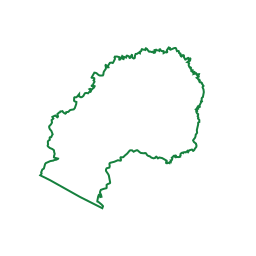 outline of Bu Dang, Bình Phước, Vietnam, rotated 41°
{"feature_id": "81297802B33312647698223", "entity_name": "Bu Dang", "entity_type": "district", "adm_level": 2, "iso_a3": "VNM", "parent_name": "Vietnam", "parent_adm1": "Bình Phước", "projection": "orthographic", "projection_center": [107.268, 11.771], "detail": "fine", "context": "isolated", "style": "outline", "palette": "green", "viewbox_px": 256, "rotation_deg": 41, "n_neighbors": 0, "source": "geoboundaries", "source_scale": "gbopen_adm2", "svg_char_len": 5694}
<svg xmlns="http://www.w3.org/2000/svg" viewBox="0 0 256 256"><g transform="rotate(41 128 128)"><path d="M171.8,71.5L170.8,71.7L169.5,71.3L168.4,70.5L167.9,69.6L167.0,69.5L167.1,69.2L168.3,69.2L167.1,68.1L167.0,67.7L167.6,67.4L167.0,67.1L166.8,66.6L167.8,66.8L167.4,66.1L168.0,66.0L168.3,64.9L168.0,64.8L167.6,65.0L167.0,64.6L167.1,63.3L166.7,62.3L166.4,60.9L165.7,60.2L166.3,59.7L166.4,59.4L165.6,59.0L164.2,57.3L164.0,56.6L164.2,55.5L161.7,51.2L159.7,49.4L157.6,48.4L157.4,48.1L157.4,46.9L157.0,47.0L155.9,46.2L154.7,46.1L154.4,45.6L153.1,45.6L152.4,46.3L151.7,46.3L151.0,45.9L151.0,45.1L150.2,44.7L149.5,45.3L148.3,44.9L147.0,45.0L147.7,42.8L146.2,42.0L146.0,41.6L146.4,41.0L146.3,40.8L145.4,41.7L145.5,42.0L145.9,42.5L145.8,42.8L144.7,42.7L143.6,42.0L142.3,43.9L142.1,42.5L141.9,42.2L141.4,42.1L141.3,42.3L141.2,43.6L140.5,43.6L139.2,42.3L138.8,43.4L138.4,43.5L138.0,43.1L138.1,42.5L137.6,42.2L136.3,42.2L135.9,41.2L135.6,41.2L135.6,41.8L135.3,41.8L134.3,41.7L132.7,40.9L132.0,40.0L131.9,39.3L130.8,38.9L129.6,39.4L129.9,37.9L130.5,37.4L130.6,36.4L129.7,34.8L129.4,34.7L129.0,35.3L128.9,36.3L128.8,36.6L128.4,36.4L128.3,35.6L127.7,35.5L127.4,35.6L126.6,37.8L126.6,38.6L126.3,38.8L123.9,37.9L122.6,36.6L122.0,36.7L120.6,38.1L121.6,38.6L121.5,39.0L120.8,39.1L119.3,38.4L119.0,37.6L118.6,37.4L117.4,37.9L115.9,36.7L115.5,36.8L114.6,37.9L112.0,36.4L111.4,36.4L110.5,37.3L108.7,41.0L107.9,41.2L107.1,40.1L105.9,40.5L106.3,43.9L107.7,44.8L107.8,45.1L107.5,45.7L106.3,46.3L105.7,48.1L104.3,46.7L102.8,47.9L101.7,47.9L100.7,47.5L100.3,47.9L101.0,49.3L100.0,49.5L98.7,50.5L97.8,50.5L97.5,51.3L96.9,51.8L97.2,52.3L98.6,52.6L98.8,53.6L98.2,54.4L97.8,54.5L97.0,54.0L96.6,54.2L96.1,55.1L94.3,55.9L94.0,56.5L93.5,56.6L90.4,55.9L89.2,56.1L89.2,56.4L89.9,57.4L89.9,57.8L89.2,58.0L87.9,59.0L86.8,59.3L86.8,59.9L87.5,61.3L87.4,61.8L86.9,62.6L86.9,63.1L87.8,63.5L88.0,63.8L86.8,64.1L86.6,64.3L86.2,66.0L85.2,67.1L85.8,68.8L87.1,70.6L87.0,71.3L86.7,71.8L85.4,72.0L84.9,71.9L83.2,70.3L82.9,70.4L83.2,72.7L83.6,73.6L83.4,74.0L82.8,74.0L82.0,73.3L80.2,73.8L79.7,74.1L79.6,74.5L80.4,76.0L77.2,77.5L76.4,77.5L76.5,77.9L76.9,78.1L79.0,77.8L79.4,78.9L76.3,79.9L76.2,80.4L76.4,80.8L77.1,81.4L76.9,81.9L76.5,82.1L76.3,81.9L75.0,80.2L72.8,81.3L71.3,82.7L71.5,83.6L72.3,83.9L72.9,84.6L73.9,88.6L73.8,89.0L72.6,89.5L71.6,90.7L72.1,94.3L73.4,95.0L73.0,95.5L71.4,95.4L70.4,94.9L69.8,95.1L69.9,95.5L71.5,96.7L72.4,97.8L72.8,101.2L73.1,102.0L74.4,104.0L74.5,104.9L72.7,106.6L71.9,107.1L70.7,107.3L68.3,107.3L67.4,107.6L66.3,108.3L67.4,113.8L67.6,113.9L69.3,112.7L69.9,112.6L70.6,113.3L70.8,114.7L72.1,114.8L72.4,115.1L72.7,117.0L73.4,118.6L73.3,119.1L72.8,119.7L72.9,120.0L73.1,120.1L74.4,119.6L75.1,118.4L75.4,118.3L75.5,118.5L75.8,120.1L75.5,121.5L75.5,122.3L75.3,122.7L73.7,123.3L73.4,124.0L75.7,124.1L76.0,125.2L75.9,125.5L75.1,125.9L75.1,128.0L73.5,128.9L72.8,129.8L72.7,130.3L73.3,133.2L72.9,134.9L72.3,135.7L70.4,136.2L68.9,134.5L69.0,137.9L68.8,138.7L67.5,139.9L67.5,140.1L67.5,140.4L69.2,142.6L69.7,142.9L70.4,142.8L72.0,142.2L72.3,142.6L73.2,143.9L74.8,147.9L74.8,149.6L73.0,151.8L72.5,152.7L72.4,154.9L71.0,156.6L71.5,157.4L71.3,158.3L70.1,158.6L68.5,158.6L67.5,158.3L67.3,158.7L66.1,159.8L66.3,160.8L65.8,161.7L65.6,163.9L67.6,165.2L67.8,166.1L67.7,166.3L64.9,166.3L63.6,169.2L64.1,169.5L65.5,169.9L65.2,172.2L67.1,173.8L67.5,175.8L67.4,178.3L67.5,178.6L68.3,179.4L69.9,180.2L72.1,180.5L75.3,182.2L75.4,183.3L76.0,185.0L76.0,185.4L75.2,186.1L75.3,186.9L76.7,188.2L76.3,189.5L76.3,190.6L76.9,191.4L78.4,192.8L78.9,194.0L79.5,194.4L82.0,194.4L84.7,193.5L86.7,193.4L88.3,194.8L89.4,195.4L89.9,196.1L90.4,197.4L91.3,198.7L91.9,198.7L95.3,197.0L95.4,197.3L94.6,199.1L93.4,200.5L93.0,201.6L91.1,203.9L89.0,208.4L89.1,209.6L91.1,213.8L90.6,215.6L91.6,218.5L92.4,218.8L92.7,219.1L92.8,221.3L103.5,218.5L137.1,211.5L161.2,205.4L160.5,203.5L160.2,203.3L158.3,203.1L154.3,203.2L153.1,203.6L152.6,203.0L150.5,199.4L149.8,197.5L150.0,197.2L150.8,197.1L151.5,197.5L152.4,198.3L153.1,197.3L151.6,196.2L149.2,195.1L148.6,194.1L148.1,192.5L149.5,190.0L151.2,187.6L151.1,187.1L149.2,185.0L149.4,183.8L150.5,181.7L150.5,181.2L150.0,180.6L144.8,176.5L143.6,175.9L139.8,174.9L139.3,174.6L138.6,173.7L138.3,172.4L139.9,170.1L139.2,168.7L137.6,167.4L137.3,166.7L137.5,165.8L139.8,162.5L141.5,159.0L143.7,157.6L143.9,157.3L143.6,156.6L142.0,155.6L141.7,155.2L141.7,154.9L143.1,153.7L143.6,153.0L143.7,150.9L144.2,147.8L144.1,144.2L144.3,143.4L145.7,142.2L147.8,142.2L148.5,140.3L149.4,138.8L150.1,138.6L152.7,138.6L154.1,138.4L156.8,136.5L157.0,136.0L157.6,135.5L158.4,135.3L159.6,135.8L160.9,135.9L162.1,135.6L162.8,135.1L165.1,135.0L167.2,134.1L168.1,132.8L167.9,132.0L168.1,131.1L168.7,131.0L170.3,131.4L170.8,130.8L170.8,130.2L171.0,129.7L173.5,128.3L178.6,127.3L179.2,127.8L179.1,128.8L179.9,129.4L180.5,129.1L181.4,127.9L181.7,127.1L182.3,127.1L182.0,126.4L182.0,125.9L182.7,125.7L182.3,125.0L181.5,124.4L182.1,123.9L182.0,123.0L181.6,122.2L181.4,121.9L180.6,121.7L180.8,119.5L181.6,119.2L181.1,118.8L181.5,118.5L181.6,117.9L182.0,117.5L182.5,117.5L183.4,118.5L184.1,117.6L184.9,117.1L185.8,116.2L186.2,115.4L185.6,114.9L185.7,114.2L184.8,113.4L184.6,112.8L185.0,111.2L185.3,110.8L186.1,110.7L186.0,109.8L186.8,108.9L187.6,108.5L187.6,107.8L187.9,106.9L187.9,106.0L188.2,105.9L188.8,106.9L189.2,106.9L189.1,105.9L188.7,105.2L189.0,104.5L190.4,102.3L190.8,102.2L192.0,102.6L192.3,102.4L192.4,101.0L192.1,100.0L191.9,97.3L190.9,96.0L190.2,95.8L189.6,95.2L186.9,95.3L185.3,94.7L185.1,94.1L185.0,91.6L184.6,90.3L183.5,88.6L183.3,86.3L181.3,84.4L178.5,79.1L177.6,78.2L177.5,77.5L177.9,76.7L176.6,75.2L176.1,75.0L174.9,75.0L174.4,74.7L174.1,73.8L172.8,73.4L172.5,72.3L171.8,71.5Z" fill="none" stroke="#15803d" stroke-width="2"/></g></svg>